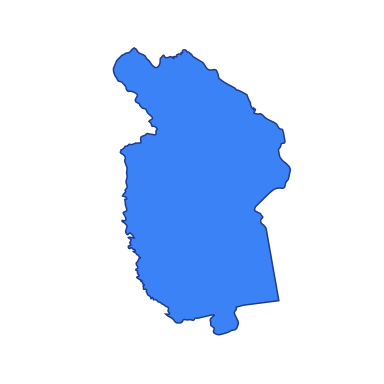 SVG path tracing the border of Mbomou, rotated 117°
{"feature_id": "CAF-868", "entity_name": "Mbomou", "entity_type": "Prefecture", "adm_level": 1, "iso_a3": "CAF", "parent_name": "Central African Republic", "parent_adm1": "", "projection": "equal_earth", "projection_center": [23.723, 5.441], "detail": "fine", "context": "isolated", "style": "filled", "palette": "blue", "viewbox_px": 384, "rotation_deg": 117, "n_neighbors": 0, "source": "natural_earth", "source_scale": "10m", "svg_char_len": 6031}
<svg xmlns="http://www.w3.org/2000/svg" viewBox="0 0 384 384"><g transform="rotate(117 192 192)"><path d="M261.6,228.0L260.7,227.4L260.3,226.6L259.6,223.7L259.2,222.7L258.2,224.1L257.1,226.3L256.7,228.4L257.4,229.3L259.2,229.8L259.3,231.0L258.4,232.3L257.2,233.3L252.0,234.2L251.2,235.2L250.3,238.0L250.1,239.1L250.0,240.7L249.4,241.3L248.9,241.3L248.4,238.9L247.2,238.3L245.8,238.7L244.5,239.9L242.4,243.4L241.7,243.9L240.7,243.6L239.4,242.3L238.5,241.9L237.2,242.2L236.0,243.2L234.1,245.2L230.5,247.5L229.2,248.6L228.1,247.2L227.7,247.0L227.2,247.3L226.9,247.9L226.7,248.8L226.7,249.9L227.0,250.9L227.1,252.1L225.3,252.1L222.3,251.2L221.8,251.4L221.0,252.3L220.4,252.5L217.6,251.8L216.3,252.4L213.6,255.0L212.0,255.8L208.7,256.4L207.3,257.0L204.5,259.1L201.2,260.2L199.7,261.1L195.3,265.8L194.1,266.4L192.4,266.6L191.2,267.4L190.4,268.6L189.9,270.4L189.7,273.0L189.4,273.7L188.8,274.0L187.5,273.9L186.9,274.4L185.7,273.4L184.4,272.8L183.1,272.5L181.7,272.4L180.5,270.7L180.2,270.5L178.0,269.7L177.1,267.1L174.0,264.4L172.2,261.0L171.2,259.8L167.9,262.0L166.2,262.4L164.6,261.4L163.0,259.8L162.1,259.3L161.2,259.1L160.3,258.6L159.9,257.3L159.6,255.9L158.8,253.9L158.0,251.3L157.4,250.5L156.6,250.4L154.0,251.8L153.0,251.8L152.3,251.5L151.8,251.5L151.1,252.5L150.7,253.7L150.6,254.9L150.9,256.1L151.6,257.2L151.0,258.1L149.4,259.7L148.6,262.4L147.4,262.1L144.9,260.5L143.7,261.1L143.0,262.5L142.2,265.8L141.7,267.3L141.0,268.5L140.3,269.5L139.2,270.4L139.2,271.5L139.8,274.4L138.5,277.8L137.5,278.8L137.3,279.3L137.3,281.6L137.2,282.7L136.8,283.6L135.8,284.3L134.3,284.5L131.1,284.3L129.8,285.3L129.4,287.7L129.6,290.3L129.9,292.2L131.2,294.2L131.3,294.9L131.0,296.0L130.3,297.0L129.5,297.9L128.7,298.2L128.1,299.1L126.0,304.2L126.0,305.3L126.5,307.3L126.5,308.2L126.1,309.1L124.5,311.1L123.9,312.6L122.6,314.3L120.1,316.7L117.6,318.1L109.1,318.7L102.2,316.6L100.6,315.2L98.9,314.4L98.2,313.8L96.5,311.5L95.1,310.8L91.5,309.9L89.9,308.9L90.0,308.8L90.0,307.0L90.4,306.0L91.6,304.2L92.0,302.9L92.2,302.0L91.9,297.2L92.0,296.0L92.3,295.2L93.8,293.0L94.0,292.5L94.3,290.6L95.0,288.9L96.9,285.6L97.9,281.6L96.8,279.5L94.4,278.8L91.6,279.0L87.4,280.9L85.7,280.3L83.8,280.0L83.2,279.6L83.1,278.8L84.1,277.4L84.2,276.4L83.4,274.8L81.2,272.7L80.8,270.7L81.4,269.6L81.3,269.0L80.9,268.9L80.4,269.1L79.8,269.7L79.0,268.7L78.3,267.0L77.2,267.8L76.3,267.6L74.9,266.4L74.6,264.9L74.3,264.3L73.2,265.0L72.8,264.8L72.4,263.7L72.0,263.7L71.1,264.6L69.9,264.5L68.9,263.7L68.4,262.1L68.7,261.3L69.4,260.1L68.9,258.6L69.7,254.7L70.8,253.0L71.0,251.5L71.7,241.3L72.2,240.0L74.8,235.7L75.4,234.0L75.4,232.0L74.7,230.4L72.7,227.6L72.4,226.0L72.9,225.0L75.4,222.1L77.5,220.5L78.5,219.4L78.9,217.7L79.7,212.3L79.9,201.9L80.0,200.9L80.6,199.4L80.8,198.3L80.8,197.8L80.5,197.4L80.3,196.9L80.2,193.4L80.4,187.3L84.3,183.0L85.6,180.9L86.1,180.3L87.4,179.7L88.5,178.6L89.9,176.5L90.5,174.8L89.2,175.1L89.6,173.0L90.8,172.7L92.3,172.9L93.6,172.5L92.9,169.2L91.4,166.8L91.1,166.1L91.3,164.1L92.6,160.5L92.9,157.2L92.7,150.2L93.2,147.3L95.6,143.6L95.8,141.5L95.3,140.6L95.2,139.9L95.6,139.4L96.4,138.7L97.5,137.5L104.3,132.4L105.2,131.9L106.3,131.9L106.8,132.3L107.7,133.7L108.2,134.2L108.8,134.3L111.5,133.7L112.3,133.7L114.0,134.2L114.9,134.1L116.2,133.4L120.2,130.3L121.3,129.0L122.9,125.7L124.0,120.5L125.2,117.1L126.2,115.6L127.6,114.4L136.6,112.0L138.1,112.1L140.2,112.7L141.3,112.7L144.4,111.9L145.5,111.7L146.3,111.9L146.9,112.3L147.7,113.1L148.8,116.2L150.1,118.0L152.3,120.1L157.7,122.6L176.4,128.8L178.5,128.5L179.9,127.9L180.2,127.2L180.1,124.9L180.4,123.5L180.1,121.6L180.3,121.0L181.3,119.5L181.9,117.8L182.3,117.5L183.1,117.4L184.3,118.0L185.1,118.0L186.4,117.8L187.5,117.2L188.3,116.2L188.6,115.4L189.1,112.6L190.5,109.9L191.5,108.9L249.4,65.3L269.6,94.9L274.5,100.3L275.3,99.7L276.2,99.3L277.3,99.3L279.4,99.8L280.5,99.4L281.8,98.2L286.1,92.5L287.7,91.2L288.8,90.8L292.8,90.3L294.2,90.6L295.2,91.2L297.0,93.4L298.2,94.6L300.1,95.7L302.6,98.1L305.9,101.8L306.8,103.0L307.4,104.3L307.6,105.6L307.7,107.2L307.5,108.6L306.9,109.4L306.0,109.8L304.7,109.8L303.9,110.0L303.3,110.6L302.8,111.9L302.4,114.4L302.2,114.8L299.6,116.2L298.0,117.6L297.0,117.9L295.8,117.7L294.5,117.3L292.1,116.2L291.7,116.4L291.6,116.9L292.6,118.6L301.8,129.5L302.9,131.9L303.4,132.1L304.8,132.1L305.5,132.4L305.9,132.9L306.1,133.5L306.3,134.8L306.6,135.8L307.8,137.5L308.7,139.6L308.9,140.5L309.5,141.5L310.2,141.9L311.6,141.7L312.5,141.9L313.7,142.6L315.1,145.1L315.6,146.6L315.4,148.0L314.1,150.6L313.5,153.1L313.4,154.9L313.5,156.6L312.7,159.9L311.4,157.1L310.8,156.7L310.5,156.7L310.2,157.0L309.5,158.6L309.0,159.3L308.3,159.6L307.1,159.7L305.6,160.9L305.5,161.5L305.8,162.8L305.8,163.5L305.3,165.6L305.3,168.1L304.9,169.5L304.8,170.1L305.2,172.2L305.1,172.9L304.5,174.0L304.4,174.6L304.5,175.3L304.7,176.3L305.5,177.3L305.4,177.6L304.2,178.5L303.9,179.1L304.1,179.3L305.5,179.9L305.7,180.1L305.6,180.3L304.5,181.3L304.0,181.9L303.8,184.4L303.2,185.6L302.2,186.2L301.6,187.5L300.3,187.8L299.7,188.2L299.6,188.6L299.7,189.3L300.5,190.6L300.6,190.8L300.4,191.2L300.0,191.6L298.8,192.0L298.0,192.9L297.7,192.9L296.8,192.3L296.5,192.3L296.3,192.5L296.3,193.4L296.1,194.3L295.2,194.8L294.8,195.3L294.6,197.2L294.4,197.2L293.8,196.7L293.7,196.9L293.8,199.4L293.4,202.0L293.2,202.4L292.9,202.5L292.1,202.1L291.0,201.1L290.7,201.0L290.3,201.5L289.2,203.6L288.7,204.0L287.4,204.4L287.2,204.7L287.1,206.3L286.9,206.8L286.6,206.9L286.3,206.8L285.1,205.9L284.5,205.8L283.4,206.4L283.0,206.8L282.3,208.2L281.4,209.1L280.9,209.4L278.4,208.9L276.8,208.9L275.3,209.1L274.4,208.1L274.1,208.1L273.7,209.8L273.0,210.7L272.8,211.1L272.8,212.8L271.9,214.2L271.8,216.9L271.7,217.3L271.3,217.1L270.9,216.3L270.4,215.8L270.1,215.8L269.8,216.0L269.4,216.9L269.3,217.6L269.8,218.9L269.2,220.0L269.2,220.7L269.4,221.1L269.7,221.4L270.4,221.5L270.9,222.0L270.9,222.5L270.7,223.1L269.9,223.8L269.3,224.1L268.6,223.8L267.6,222.6L267.1,222.5L266.6,222.7L266.2,223.6L265.2,224.6L263.7,224.1L262.1,224.8L261.8,225.9L261.8,227.2L261.6,228.0Z" fill="#3b82f6" stroke="#1e3a8a" stroke-width="1.5"/></g></svg>